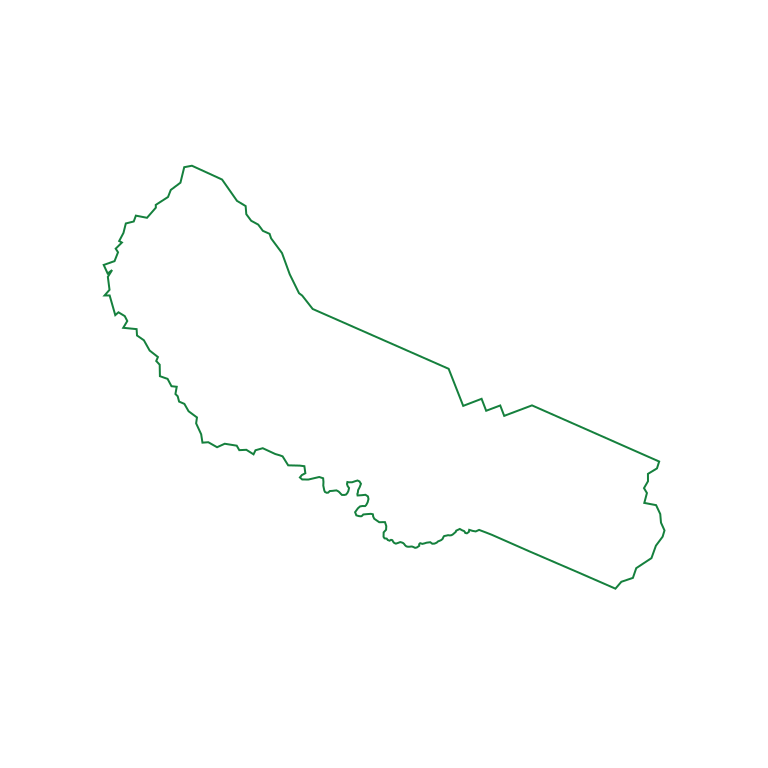 Madera, California, United States of America (Albers equal-area conic projection), rotated 69°
{"feature_id": "52423323B41205581888996", "entity_name": "Madera", "entity_type": "district", "adm_level": 2, "iso_a3": "USA", "parent_name": "United States of America", "parent_adm1": "California", "projection": "albers", "projection_center": [-119.643, 37.271], "detail": "fine", "context": "isolated", "style": "outline", "palette": "green", "viewbox_px": 768, "rotation_deg": 69, "n_neighbors": 0, "source": "geoboundaries", "source_scale": "gbopen_adm2", "svg_char_len": 3057}
<svg xmlns="http://www.w3.org/2000/svg" viewBox="0 0 768 768"><g transform="rotate(69 384 384)"><path d="M555.0,154.9L457.0,253.5L456.8,283.2L445.7,283.2L445.6,298.2L432.8,298.2L432.8,317.9L393.0,318.2L288.4,423.7L272.1,428.7L268.8,430.8L247.8,432.7L225.2,432.3L207.6,437.2L202.8,437.0L197.6,442.2L190.1,444.3L184.0,449.5L176.1,451.7L168.3,449.4L160.4,455.6L135.1,461.9L111.4,485.1L110.0,492.8L123.1,501.9L126.4,513.5L132.0,518.6L135.0,532.9L137.6,533.8L143.9,545.7L137.9,555.3L142.6,559.4L141.6,567.5L149.6,573.1L155.6,580.0L158.0,578.0L161.5,586.0L165.7,585.1L172.7,591.5L172.4,603.0L181.8,602.4L180.2,597.0L185.0,603.4L197.7,606.5L201.2,613.1L203.0,608.4L223.4,610.2L221.9,606.2L227.7,601.7L233.2,601.1L238.1,607.3L244.1,595.3L250.2,597.2L257.1,592.5L268.8,590.8L277.8,585.4L280.9,588.4L285.6,586.5L296.4,590.4L301.7,584.2L309.9,583.2L312.3,578.5L318.6,582.3L321.5,581.0L327.0,581.6L331.0,577.5L339.4,576.2L348.2,570.6L353.4,573.5L365.4,572.7L373.7,574.5L375.4,568.9L383.2,562.5L382.7,554.1L388.8,543.6L393.9,542.8L396.1,536.1L402.9,531.0L399.8,527.7L400.5,520.2L410.4,510.6L413.2,506.9L415.2,504.6L425.6,502.6L430.0,491.9L432.2,487.8L439.1,489.4L439.6,493.4L441.1,496.0L443.8,494.6L446.1,488.8L447.1,481.5L447.6,477.8L450.2,474.6L453.7,475.6L457.1,477.1L462.1,477.9L463.6,477.8L465.0,476.5L465.4,475.0L464.5,473.0L465.3,470.4L465.8,468.3L466.3,466.5L468.0,465.0L469.4,464.3L470.8,463.8L472.5,463.0L473.4,460.7L473.6,459.0L472.5,457.1L471.1,455.6L468.6,453.9L466.4,454.5L464.1,454.4L462.4,453.3L463.2,452.0L464.3,449.0L464.4,446.0L464.6,443.3L466.2,441.8L468.9,441.3L471.6,443.7L473.8,446.2L476.1,447.4L477.1,448.3L478.6,448.6L478.9,447.7L479.9,444.4L480.8,441.0L483.2,439.3L485.8,439.7L488.6,441.7L490.6,444.0L491.2,445.4L490.2,447.8L489.7,450.2L490.7,452.9L493.3,456.9L496.7,456.9L498.4,454.7L499.3,452.8L499.2,451.7L498.4,450.1L499.3,446.8L500.5,442.8L501.6,441.1L502.8,441.3L503.7,441.6L506.3,441.4L511.3,438.0L513.3,432.6L517.5,432.8L520.8,434.3L522.4,437.5L526.5,439.2L528.3,438.8L529.3,436.9L531.0,436.4L532.3,434.9L532.0,433.3L532.8,432.2L534.5,432.0L536.1,431.4L537.3,430.1L537.4,427.9L537.4,425.5L538.4,424.1L539.4,423.1L540.6,422.5L542.2,422.1L543.6,421.3L544.5,420.0L545.0,418.7L545.3,417.5L545.7,416.2L546.8,414.9L548.1,413.7L548.4,412.0L547.7,409.1L546.2,408.6L545.6,407.3L545.9,406.9L547.0,405.5L547.3,403.2L547.4,401.2L547.7,399.9L548.3,397.5L550.4,396.2L551.1,394.1L551.0,391.7L550.3,389.9L550.3,388.0L550.2,386.5L549.6,384.8L548.1,383.3L547.5,382.3L547.9,380.1L548.1,378.4L548.9,376.9L549.3,375.5L549.2,374.0L548.4,371.7L547.7,369.9L546.8,369.2L546.5,365.2L548.9,363.2L549.9,362.0L551.0,361.6L552.2,361.5L553.1,360.1L552.5,357.8L550.7,356.7L552.9,353.9L554.5,351.2L554.3,347.5L559.2,342.0L563.5,337.3L576.5,324.2L592.2,308.4L613.8,286.3L625.2,274.6L648.5,250.9L658.0,241.3L653.7,233.3L654.2,221.1L646.3,214.5L642.4,196.7L632.4,188.1L626.4,178.6L621.2,174.6L612.7,175.1L604.4,172.7L594.6,173.4L588.3,183.6L580.0,177.6L574.4,178.6L569.4,172.4L562.5,169.8L560.6,159.4L555.0,154.9Z" fill="none" stroke="#15803d" stroke-width="2"/></g></svg>